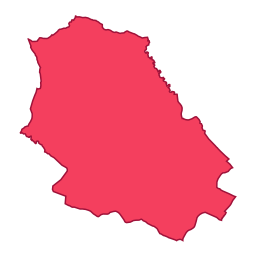 the district of Vulcana-Pandele, Dâmbovita, Romania
{"feature_id": "2599482B55565762838065", "entity_name": "Vulcana-Pandele", "entity_type": "district", "adm_level": 2, "iso_a3": "ROU", "parent_name": "Romania", "parent_adm1": "Dâmbovita", "projection": "mercator", "projection_center": [25.375, 45.036], "detail": "fine", "context": "isolated", "style": "filled", "palette": "rose", "viewbox_px": 256, "rotation_deg": 0, "n_neighbors": 0, "source": "geoboundaries", "source_scale": "gbopen_adm2", "svg_char_len": 5663}
<svg xmlns="http://www.w3.org/2000/svg" viewBox="0 0 256 256"><path d="M182.8,240.5L182.8,240.1L182.9,238.7L184.0,236.5L186.2,232.6L187.6,231.0L188.9,230.2L190.8,229.5L192.9,228.2L194.2,227.0L194.8,225.8L196.1,221.5L197.0,217.7L198.0,216.2L199.9,214.4L202.4,213.0L205.2,212.3L216.7,217.4L219.3,219.7L221.5,220.3L221.5,220.0L221.8,219.0L222.4,218.1L222.2,218.0L223.8,216.3L223.7,216.0L224.7,215.0L225.4,214.1L226.1,212.5L224.6,211.3L228.3,207.3L230.0,205.4L230.9,204.1L232.7,200.5L235.6,196.7L233.6,196.0L229.0,193.7L222.5,190.9L220.5,189.7L219.8,188.8L218.2,188.5L216.8,187.4L216.9,182.0L217.5,180.2L218.2,178.5L220.9,174.5L221.7,173.7L222.8,172.9L225.0,172.7L228.2,171.4L229.6,169.7L230.9,168.4L232.6,167.7L229.9,164.2L226.5,161.2L228.9,159.0L225.3,155.9L220.4,151.2L217.9,148.6L217.3,147.8L216.7,147.4L215.2,145.7L208.8,139.1L208.0,138.0L204.6,133.3L205.0,131.8L205.1,131.1L204.8,130.6L203.3,130.4L203.0,130.1L202.2,128.2L202.0,127.6L202.3,126.9L202.3,125.8L201.4,123.8L200.0,123.3L199.9,122.8L200.1,121.6L199.0,119.5L196.9,117.3L196.3,116.8L195.6,116.8L194.7,117.1L191.9,118.8L188.8,119.9L187.3,119.9L185.1,119.5L184.5,119.1L183.5,118.9L183.3,118.5L182.2,118.5L181.5,116.2L181.2,114.1L181.4,112.6L182.0,110.4L182.1,108.4L182.1,107.8L181.5,106.0L181.1,105.4L180.2,104.1L178.8,102.6L177.9,101.2L177.1,94.3L176.3,94.2L174.2,94.3L174.5,92.3L174.4,92.1L173.5,91.7L173.0,91.8L172.3,91.5L172.0,91.5L171.2,92.3L169.9,92.1L169.6,91.9L169.4,91.2L170.1,90.4L169.4,88.7L168.8,88.0L168.2,87.6L168.6,87.1L169.8,86.5L169.8,85.1L169.7,84.6L169.2,84.5L168.5,84.7L168.0,85.4L166.9,86.0L166.1,83.5L166.6,83.2L166.3,82.3L164.4,81.4L164.0,81.1L163.6,81.1L163.3,80.7L163.3,80.0L163.4,79.4L164.4,79.2L164.5,79.0L164.5,78.7L163.8,78.4L163.6,78.2L163.5,77.5L163.3,77.4L163.1,77.4L162.4,77.9L162.1,77.9L160.4,77.5L159.8,77.0L159.4,75.6L159.0,75.1L159.2,74.1L158.9,73.8L158.8,73.3L159.1,73.0L160.4,72.8L160.6,72.6L160.7,72.3L160.8,71.8L160.7,71.6L160.3,71.3L159.8,71.4L159.7,71.3L160.0,70.5L159.7,70.4L158.3,71.5L158.0,71.6L157.6,70.0L156.9,69.6L156.7,69.3L156.6,68.7L156.2,68.5L155.0,68.2L154.7,68.0L154.4,67.2L154.0,66.7L153.9,66.4L153.9,66.2L154.7,65.3L154.7,65.1L154.6,64.9L153.7,64.3L153.2,63.8L153.0,63.3L153.0,62.9L153.2,62.7L153.4,62.6L154.1,63.0L154.5,63.0L154.8,62.6L154.7,62.2L154.4,61.9L153.9,60.7L153.7,60.4L153.0,59.9L152.2,59.8L151.9,58.9L152.0,58.4L152.0,57.8L151.9,57.0L151.4,56.9L151.1,57.1L150.8,57.6L150.6,58.5L150.3,58.7L149.2,57.5L148.3,57.0L148.2,55.7L147.8,54.7L148.3,53.1L148.3,52.8L148.1,52.5L147.5,52.1L146.8,52.0L146.7,52.1L146.4,53.0L145.9,53.1L145.5,52.8L144.8,51.7L144.7,51.2L145.2,50.2L146.2,49.6L146.3,49.3L146.4,48.4L146.0,46.7L146.6,46.2L147.1,45.5L148.7,44.9L148.7,44.0L148.9,43.2L149.5,42.6L149.4,41.9L149.1,40.8L147.8,40.8L147.9,40.4L148.2,40.3L148.3,39.9L147.5,37.3L144.9,37.5L142.3,38.0L139.4,36.6L138.5,36.4L137.3,35.5L134.5,33.9L133.0,33.5L128.9,31.9L128.2,31.4L127.3,31.0L126.9,31.0L125.0,32.0L124.0,32.9L121.3,33.1L120.2,33.4L119.4,33.2L117.6,32.5L116.0,32.0L115.1,32.4L113.9,32.3L112.4,31.7L110.5,30.4L108.6,29.7L107.8,29.6L106.0,29.9L104.2,29.4L102.4,27.4L102.3,24.5L100.1,23.4L98.3,21.9L96.1,20.8L96.0,20.5L93.8,20.2L93.3,20.3L92.0,19.6L91.3,19.6L88.1,18.0L85.5,17.4L82.7,17.6L79.7,16.9L76.2,16.9L75.5,15.4L75.6,15.9L75.1,17.9L73.9,19.6L73.8,20.1L73.6,20.3L72.6,19.9L71.8,20.0L71.6,20.4L71.6,21.3L71.5,21.7L71.2,22.0L70.1,22.0L69.7,22.3L68.9,23.3L68.9,23.9L69.5,25.3L69.2,26.5L68.6,27.0L68.2,27.0L66.5,27.7L65.7,28.3L63.9,28.2L61.0,29.2L59.6,29.3L58.3,30.3L57.8,31.2L55.5,33.2L53.6,34.7L52.4,35.3L52.1,35.2L51.9,34.9L51.1,35.7L50.8,36.3L47.8,38.3L47.0,38.5L43.2,38.4L41.4,37.9L40.2,37.8L39.5,37.9L38.9,38.9L37.8,40.2L37.7,40.6L37.3,41.1L35.8,41.4L32.4,41.5L32.0,41.4L30.7,40.3L29.2,39.7L28.6,39.1L28.3,39.1L31.0,46.2L30.7,46.7L30.7,47.4L32.2,50.2L35.2,54.0L35.3,55.0L36.6,56.8L36.9,57.9L37.0,59.6L37.6,60.9L37.9,62.6L40.5,67.7L40.2,68.0L39.8,69.7L39.6,72.3L39.9,72.8L40.3,74.0L41.2,81.5L40.8,82.1L40.7,82.8L40.9,85.2L40.6,87.5L40.3,88.4L39.2,88.7L37.9,89.0L37.0,88.5L36.1,92.3L34.8,95.3L32.7,100.9L30.4,108.9L32.2,113.7L32.2,116.4L31.9,118.6L30.6,121.4L28.9,124.1L28.1,126.1L26.9,126.2L24.8,127.0L23.9,128.0L21.9,129.3L21.5,130.9L20.4,132.8L20.8,133.2L22.0,132.9L22.6,133.1L23.5,133.9L24.8,133.8L25.4,134.0L26.2,135.9L26.9,136.6L27.8,136.6L28.1,137.0L28.8,137.3L29.3,137.3L29.6,136.7L30.1,136.7L30.9,136.1L31.2,136.2L31.2,137.3L30.9,139.3L31.1,139.6L31.9,139.7L31.7,140.2L31.9,140.5L33.1,140.9L34.0,141.6L34.3,142.3L35.5,143.5L35.9,143.5L36.4,142.8L36.2,141.6L36.9,141.2L37.9,141.1L38.6,141.7L38.6,142.9L40.6,144.5L41.7,144.6L42.3,146.0L43.6,147.5L44.9,149.8L44.9,150.5L44.7,151.2L44.7,151.9L46.1,152.3L47.7,153.7L49.0,153.8L50.9,155.9L54.1,157.7L62.0,165.2L65.6,167.2L66.8,168.0L67.3,169.4L67.2,171.1L60.9,179.7L52.9,186.0L52.5,189.4L53.4,191.5L65.8,196.2L65.2,203.7L68.6,205.5L69.4,205.6L71.8,207.0L72.7,207.2L74.0,207.1L74.6,207.2L80.1,209.0L82.7,209.0L85.7,209.4L88.6,210.3L90.6,211.2L93.5,213.9L95.4,215.1L97.2,216.4L98.0,216.6L98.6,216.6L100.8,214.8L102.4,214.2L103.5,214.0L107.3,214.1L108.2,213.9L109.0,213.5L109.8,212.5L111.1,212.1L113.3,211.5L115.4,211.2L116.0,211.3L117.5,212.0L118.6,212.7L120.1,214.3L123.9,219.7L124.8,221.5L125.2,222.0L125.7,222.3L126.6,222.6L130.3,222.1L132.4,221.1L133.0,220.7L133.7,220.5L136.0,220.2L139.1,220.1L140.7,219.4L141.2,219.2L141.4,219.3L142.3,219.7L143.2,220.7L145.6,221.7L147.7,223.5L152.6,226.0L154.0,226.3L154.3,226.5L156.9,228.4L157.3,229.0L157.6,229.4L158.5,231.3L159.9,233.6L161.4,234.1L163.3,235.4L164.1,235.7L164.3,235.6L167.9,237.1L168.3,237.5L175.3,239.9L176.7,240.6L177.2,240.1L177.6,239.9L179.8,239.3L181.0,239.5L182.8,240.5Z" fill="#f43f5e" stroke="#9f1239" stroke-width="1.5"/></svg>